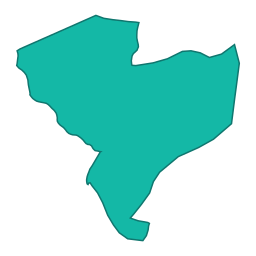 Hill 20/Babonneau, Castries, Saint Lucia (Natural Earth projection)
{"feature_id": "8701671B84261355290509", "entity_name": "Hill 20/Babonneau", "entity_type": "district", "adm_level": 2, "iso_a3": "LCA", "parent_name": "Saint Lucia", "parent_adm1": "Castries", "projection": "natural_earth1", "projection_center": [-60.951, 13.999], "detail": "fine", "context": "isolated", "style": "filled", "palette": "teal", "viewbox_px": 256, "rotation_deg": 0, "n_neighbors": 0, "source": "geoboundaries", "source_scale": "gbopen_adm2", "svg_char_len": 1827}
<svg xmlns="http://www.w3.org/2000/svg" viewBox="0 0 256 256"><path d="M30.2,95.2L31.2,96.6L32.7,98.4L34.8,100.0L36.6,101.1L38.6,101.7L41.0,102.2L44.1,102.8L46.3,103.3L48.2,104.5L49.9,106.1L51.8,108.2L54.3,110.5L56.1,113.0L56.8,115.0L57.3,117.8L57.2,119.8L57.4,121.4L58.5,123.3L60.2,125.1L63.6,127.6L65.7,130.0L66.8,131.6L68.8,133.4L70.9,134.3L72.6,134.8L74.0,134.9L76.3,135.1L77.7,135.7L80.2,137.4L81.3,138.3L83.2,140.1L84.6,141.9L86.0,143.5L87.7,144.4L88.5,144.5L89.5,144.5L91.6,145.9L92.7,148.0L93.6,149.2L95.1,150.6L96.9,150.9L97.5,151.0L98.4,151.2L99.3,151.5L99.9,151.6L100.6,151.7L100.3,151.9L92.2,165.7L89.9,169.1L89.0,171.6L87.9,174.3L87.1,176.8L86.6,179.9L86.7,181.7L87.1,183.8L88.0,184.5L88.6,183.2L90.1,182.8L92.2,186.0L97.6,192.9L102.7,202.7L107.7,215.2L113.5,225.0L119.3,232.8L127.7,238.8L142.5,240.6L142.9,240.6L146.4,235.6L148.1,230.0L148.6,225.9L149.4,223.4L147.8,222.5L145.2,222.0L141.7,221.4L138.2,220.8L134.9,219.7L131.5,218.5L130.3,218.0L133.5,214.3L141.4,204.4L149.6,193.0L153.4,181.6L159.6,172.2L178.3,156.6L198.6,147.5L213.5,139.2L231.5,123.7L234.6,99.0L236.3,86.3L239.3,63.3L234.6,45.0L234.5,44.6L221.5,54.1L209.4,57.5L200.2,52.8L191.0,50.8L182.4,51.4L167.4,58.8L153.0,62.9L135.8,65.6L132.0,65.3L131.7,64.4L131.3,60.7L131.6,59.0L131.7,58.1L132.1,55.9L133.4,53.5L134.5,52.6L136.9,50.3L137.1,50.1L137.5,48.9L138.4,46.8L138.2,44.5L137.8,42.9L137.4,41.2L136.8,38.0L136.8,35.6L136.8,34.7L137.0,30.7L137.7,27.4L137.9,26.6L138.7,23.4L138.9,22.6L135.5,22.1L128.3,21.6L120.9,20.6L112.9,19.7L103.8,18.3L99.2,16.6L95.9,15.4L20.1,48.9L17.1,50.8L17.9,53.4L18.1,56.0L17.6,59.5L17.5,60.5L17.1,63.7L16.7,65.5L18.5,67.6L19.1,68.2L21.8,70.0L24.3,72.4L26.3,75.1L27.2,77.8L27.9,79.9L28.1,82.1L28.4,84.9L29.0,87.9L29.7,91.2L30.0,93.0L30.1,94.1L29.9,94.8L30.2,95.2Z" fill="#14b8a6" stroke="#0f766e" stroke-width="1.5"/></svg>